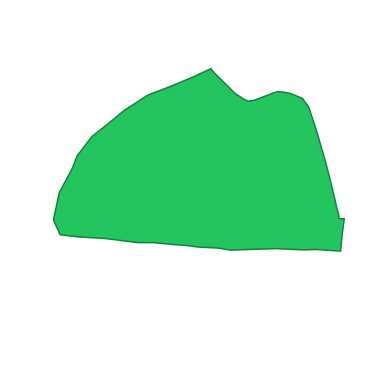 the district of Tokelau, Tuvalu, rotated 249°
{"feature_id": "33948139B19448829688587", "entity_name": "Tokelau", "entity_type": "district", "adm_level": 2, "iso_a3": "TUV", "parent_name": "Tuvalu", "parent_adm1": "", "projection": "natural_earth1", "projection_center": [176.32, -6.281], "detail": "fine", "context": "isolated", "style": "filled", "palette": "green", "viewbox_px": 384, "rotation_deg": 249, "n_neighbors": 0, "source": "geoboundaries", "source_scale": "gbopen_adm2", "svg_char_len": 748}
<svg xmlns="http://www.w3.org/2000/svg" viewBox="0 0 384 384"><g transform="rotate(249 192 192)"><path d="M248.8,319.1L252.2,313.6L255.1,307.5L255.3,302.3L255.3,296.2L255.3,289.9L255.3,283.3L256.5,277.2L259.5,274.1L268.8,267.4L296.8,254.8L300.4,254.0L299.0,234.2L298.3,210.3L298.3,185.6L295.7,173.5L292.6,158.4L286.2,139.4L279.8,118.8L267.0,97.8L256.7,88.4L239.0,67.9L215.6,52.6L199.3,53.6L190.7,70.0L180.0,93.7L164.1,123.4L158.7,137.5L149.3,156.5L143.7,168.4L138.5,177.8L130.3,196.3L123.9,207.2L109.1,250.0L97.8,275.8L94.0,286.9L83.6,309.5L99.7,317.6L112.4,324.6L114.4,319.8L117.6,320.7L124.4,321.4L137.3,323.2L154.8,325.5L173.8,327.6L204.6,330.2L229.3,331.4L239.8,328.7L248.8,319.1Z" fill="#22c55e" stroke="#15803d" stroke-width="1.5"/></g></svg>